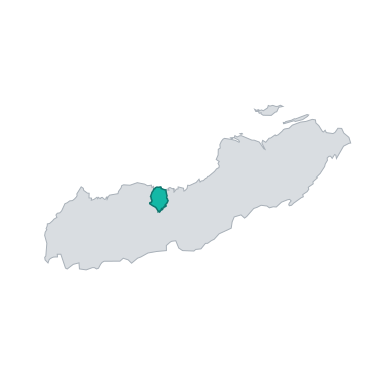 location of Örnsköldsvik, Västernorrland, Sweden, rotated 233°
{"feature_id": "70781695B95877755672969", "entity_name": "Örnsköldsvik", "entity_type": "district", "adm_level": 2, "iso_a3": "SWE", "parent_name": "Sweden", "parent_adm1": "Västernorrland", "projection": "albers", "projection_center": [18.104, 63.556], "detail": "fine", "context": "in_parent", "style": "filled", "palette": "teal", "viewbox_px": 384, "rotation_deg": 233, "n_neighbors": 0, "source": "geoboundaries", "source_scale": "gbopen_adm2", "svg_char_len": 5817}
<svg xmlns="http://www.w3.org/2000/svg" viewBox="0 0 384 384"><g transform="rotate(233 192 192)"><path d="M124.5,262.8L125.2,265.8L127.3,265.6L128.3,263.6L130.0,257.4L129.3,250.3L131.3,248.0L132.8,244.3L135.7,243.4L139.8,239.2L140.6,234.7L141.7,231.4L139.5,220.9L139.5,218.3L144.2,217.4L146.7,210.7L144.0,206.1L139.5,201.5L142.3,188.5L140.9,181.2L141.5,178.2L141.6,173.6L142.9,171.8L141.2,164.9L143.9,160.4L143.7,158.0L150.9,149.2L155.2,147.7L162.8,149.7L164.9,146.1L165.1,144.1L164.7,139.3L160.6,136.3L165.7,128.1L169.8,120.1L170.9,112.1L171.9,108.7L171.5,100.9L176.2,100.2L180.5,97.2L180.1,92.9L189.6,80.1L189.9,77.7L189.3,75.5L187.4,71.4L188.0,69.5L190.4,68.5L191.6,66.8L193.5,60.6L198.3,55.8L203.4,59.1L205.7,53.6L205.6,46.0L207.4,45.2L221.2,49.8L223.4,46.9L221.1,45.5L223.3,42.4L223.9,40.5L224.1,38.3L223.9,37.1L222.0,34.3L226.2,33.8L228.5,35.1L228.8,36.7L238.4,45.2L246.0,48.2L248.3,50.6L249.3,53.4L250.5,53.4L252.0,55.9L253.6,57.3L252.6,59.2L252.9,63.3L253.4,65.2L253.0,68.8L255.5,69.5L256.1,71.6L254.9,73.9L255.3,76.4L259.1,83.5L258.5,85.9L258.5,89.0L257.1,91.3L257.1,93.7L257.6,96.6L258.2,98.0L259.8,98.9L262.8,106.6L260.4,107.4L258.4,106.5L254.0,107.8L252.9,109.1L249.3,106.2L247.5,108.1L246.0,106.6L245.1,109.3L245.0,112.9L243.4,112.7L244.1,114.0L241.9,114.6L241.8,115.2L242.3,116.0L241.7,117.1L238.7,117.7L238.3,118.9L239.3,120.2L239.3,121.1L237.3,119.9L238.7,122.4L239.1,124.3L235.2,131.9L236.7,133.7L238.0,137.9L239.4,139.7L238.9,141.7L234.7,146.6L232.4,153.9L226.8,158.9L223.8,160.2L221.9,163.7L219.6,162.7L219.6,164.7L218.1,163.5L216.9,166.5L214.8,169.1L212.6,168.7L212.3,169.1L213.0,169.9L210.4,170.5L209.6,173.2L207.6,174.0L207.3,174.8L209.3,175.0L208.9,177.1L206.6,178.2L205.8,179.6L204.8,179.6L205.0,178.5L203.5,178.6L203.0,177.4L202.7,177.7L203.7,181.2L202.9,182.7L204.4,184.0L200.1,187.5L197.6,186.1L197.3,187.2L197.8,190.2L200.0,192.6L198.6,194.1L197.1,201.1L198.0,205.3L195.1,204.4L195.2,206.0L194.3,207.8L194.6,210.6L194.3,212.3L195.0,214.0L194.5,214.8L194.9,222.4L195.7,225.6L195.3,228.2L196.6,229.6L199.2,230.0L200.0,232.1L203.4,230.9L205.8,235.1L210.3,238.7L210.1,241.0L213.0,242.7L214.8,245.9L215.5,248.5L215.3,250.2L210.7,254.7L207.1,257.7L203.4,259.5L203.6,260.2L205.4,260.5L209.9,258.3L211.2,260.2L208.8,261.1L208.3,263.7L207.3,265.3L197.3,271.1L195.9,272.9L191.4,275.8L183.3,275.4L182.1,276.0L189.1,277.3L190.7,279.5L187.3,280.8L188.6,285.9L187.8,287.2L187.6,292.8L186.4,292.9L185.8,295.2L186.3,300.9L186.8,302.5L186.5,304.1L184.5,307.9L185.0,312.4L182.5,320.7L179.8,325.5L177.6,331.8L175.3,334.0L172.7,332.5L168.8,333.2L161.7,332.6L160.8,333.2L161.2,335.5L158.6,335.0L153.8,339.8L153.5,342.1L155.1,346.9L152.7,349.8L147.8,348.7L141.2,350.2L135.6,348.2L136.4,346.7L137.4,340.6L131.8,327.5L134.8,329.0L136.1,328.5L134.5,324.2L137.2,324.2L138.1,322.8L137.8,320.4L135.8,319.2L134.2,315.3L132.5,313.2L129.7,305.5L129.0,300.3L127.8,300.7L127.3,294.7L125.6,293.7L125.8,287.7L123.9,286.9L123.0,284.1L123.3,278.9L121.2,278.0L121.7,275.6L121.9,266.5L121.5,263.6L122.3,261.6L123.5,261.5L124.5,262.8ZM217.2,294.8L216.2,295.4L215.6,297.0L214.0,297.8L213.7,303.0L215.2,305.0L213.7,305.9L212.6,308.6L209.8,310.5L208.7,312.2L208.1,314.8L205.6,316.1L207.4,312.3L205.1,308.0L205.7,306.4L205.5,301.4L210.5,295.0L212.8,294.2L213.8,294.9L214.2,293.3L215.0,293.0L217.2,294.8ZM184.6,330.5L183.3,331.5L182.9,329.9L183.2,324.0L186.2,316.9L187.5,316.4L191.1,306.8L191.5,306.2L192.6,306.8L191.7,307.7L191.8,309.3L189.5,314.5L188.9,317.8L188.1,318.6L184.6,330.5ZM218.2,292.8L218.0,294.2L216.7,293.1L217.9,291.4L220.3,291.8L218.2,292.8ZM212.1,255.4L210.6,257.7L210.3,256.7L210.6,255.6L212.1,255.4ZM208.8,267.2L208.0,267.3L208.6,265.8L209.7,265.4L208.8,267.2Z" fill="#d9dde1" stroke="#a8b0b8" stroke-width="1"/><path d="M196.6,153.1L196.6,153.4L196.8,153.7L196.7,153.9L196.3,153.9L196.0,153.9L195.5,154.0L195.5,154.3L195.6,154.6L195.7,155.0L195.9,155.4L196.3,155.5L196.4,155.8L196.3,156.0L196.1,156.2L196.0,156.4L196.0,157.0L195.8,157.6L195.8,157.8L196.1,157.7L196.5,157.5L196.8,157.4L197.0,157.6L197.0,157.8L197.0,158.1L197.0,158.4L196.7,158.7L196.5,159.2L196.4,159.6L196.5,160.1L196.7,160.3L197.0,160.6L197.0,161.0L196.8,161.1L196.5,161.2L196.4,161.5L196.4,161.8L196.5,162.0L196.5,162.3L196.3,162.7L196.4,163.0L196.8,163.0L197.3,162.8L197.7,162.6L197.8,162.8L197.9,163.1L198.0,163.6L198.0,164.1L198.0,164.5L198.2,165.3L198.5,165.5L198.6,165.8L198.6,166.2L198.8,166.5L199.0,166.8L199.2,167.1L199.3,167.4L199.5,167.5L199.7,167.8L200.1,167.8L200.5,167.8L200.9,168.0L201.2,168.2L201.6,168.2L201.9,168.1L202.1,168.0L202.4,168.1L202.6,168.3L202.9,168.5L203.2,168.8L203.4,169.0L203.6,169.3L204.1,169.7L204.1,169.8L204.3,170.0L204.9,170.1L205.4,170.3L206.2,170.7L206.9,171.0L207.8,171.5L208.4,171.8L209.0,172.2L209.5,172.3L209.8,171.9L210.2,171.5L210.6,171.3L211.0,171.0L211.4,170.7L211.9,170.4L212.3,170.2L212.7,169.9L213.1,169.7L213.3,169.5L213.7,169.6L214.0,169.7L214.2,170.1L214.5,170.2L214.8,170.0L215.2,169.7L215.3,169.4L215.6,168.6L215.9,168.2L216.1,167.9L216.4,167.6L216.8,167.2L216.9,166.9L217.2,166.6L217.3,166.0L217.3,165.2L217.1,164.8L217.0,164.4L217.1,164.0L217.1,163.6L217.3,163.5L217.0,162.9L216.8,162.3L216.5,162.1L216.3,161.5L216.1,160.7L215.9,160.2L215.6,159.5L215.1,159.0L214.8,158.5L214.5,158.0L214.3,157.6L213.9,157.3L213.7,156.8L213.5,156.3L213.2,156.1L212.8,156.2L212.5,156.2L212.1,156.1L212.0,155.9L211.9,155.7L211.7,155.6L211.1,155.5L210.9,155.2L210.4,155.2L210.0,155.2L209.6,154.9L209.3,154.9L209.0,154.8L208.8,154.5L208.8,154.2L208.7,153.9L208.5,153.7L208.3,153.6L208.1,153.2L208.2,152.9L208.4,152.6L208.6,152.5L208.8,152.1L208.7,151.7L208.4,151.4L208.1,151.2L207.9,151.2L207.4,151.4L205.4,152.1L204.1,152.6L203.1,153.1L202.4,153.4L202.0,153.6L201.5,153.8L199.8,153.7L198.7,153.7L198.2,153.5L197.6,153.4L197.1,153.4L196.6,153.1Z" fill="#14b8a6" stroke="#0f766e" stroke-width="1.5"/></g></svg>